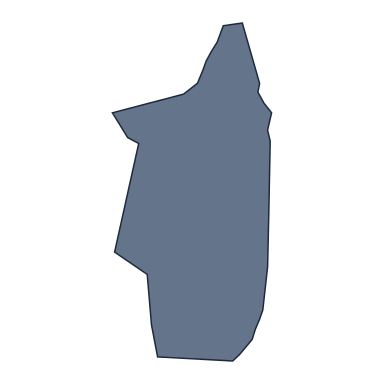 outline of Joca Claudino, Paraíba, Brazil
{"feature_id": "56859067B54381118880568", "entity_name": "Joca Claudino", "entity_type": "district", "adm_level": 2, "iso_a3": "BRA", "parent_name": "Brazil", "parent_adm1": "Paraíba", "projection": "equal_earth", "projection_center": [-38.476, -6.472], "detail": "fine", "context": "isolated", "style": "filled", "palette": "slate", "viewbox_px": 384, "rotation_deg": 0, "n_neighbors": 0, "source": "geoboundaries", "source_scale": "gbopen_adm2", "svg_char_len": 493}
<svg xmlns="http://www.w3.org/2000/svg" viewBox="0 0 384 384"><path d="M114.6,252.1L147.2,274.4L151.5,324.9L157.6,356.9L232.7,361.0L239.6,354.5L252.2,339.4L255.3,329.4L259.4,319.7L262.8,310.1L267.6,266.8L268.8,213.1L270.2,141.2L267.6,130.1L271.6,112.8L264.0,103.2L257.9,92.1L259.6,83.5L257.4,75.7L242.3,23.0L223.3,25.7L217.1,42.3L211.4,51.4L206.2,61.0L202.9,70.1L197.5,83.2L183.6,94.1L112.4,112.8L127.7,137.6L138.7,143.5L114.6,252.1Z" fill="#64748b" stroke="#1e293b" stroke-width="1.5"/></svg>